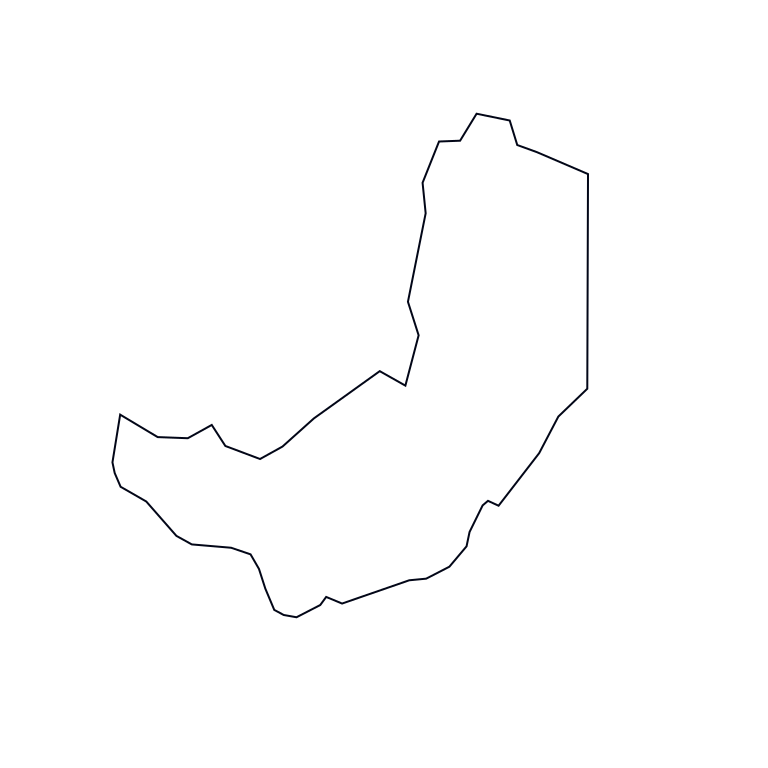 the border of Lubanas, rotated 151°
{"feature_id": "LVA-5790", "entity_name": "Lubanas", "entity_type": "Municipality", "adm_level": 1, "iso_a3": "LVA", "parent_name": "Latvia", "parent_adm1": "", "projection": "albers", "projection_center": [26.781, 56.897], "detail": "fine", "context": "isolated", "style": "outline", "palette": "ink", "viewbox_px": 768, "rotation_deg": 151, "n_neighbors": 0, "source": "natural_earth", "source_scale": "10m", "svg_char_len": 754}
<svg xmlns="http://www.w3.org/2000/svg" viewBox="0 0 768 768"><g transform="rotate(151 384 384)"><path d="M664.2,421.8L662.7,436.7L659.5,447.1L629.6,485.1L607.7,447.3L581.9,431.7L554.5,431.7L552.8,406.7L528.8,378.5L503.1,378.5L462.0,387.9L381.5,397.3L366.1,372.2L330.1,409.8L323.2,444.3L264.8,513.1L252.7,541.3L218.3,569.4L199.5,559.9L172.0,575.5L146.3,553.5L151.6,528.4L137.9,512.7L103.8,468.7L208.5,281.3L247.3,271.0L281.8,248.3L342.8,222.0L349.7,231.4L356.6,230.0L380.9,213.1L390.5,202.0L415.4,192.5L441.5,193.3L457.1,200.1L527.1,212.3L537.8,225.8L546.9,221.6L573.6,222.4L583.7,230.6L589.5,239.6L587.0,262.6L583.0,282.9L583.3,299.7L597.1,314.9L629.9,336.9L639.2,351.8L648.9,396.5L664.2,421.8Z" fill="none" stroke="#020617" stroke-width="2"/></g></svg>